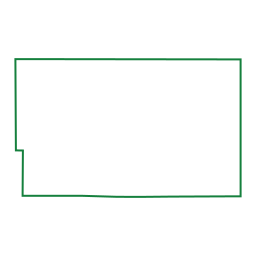 outline of Bennett, South Dakota, United States of America
{"feature_id": "52423323B93882616989582", "entity_name": "Bennett", "entity_type": "district", "adm_level": 2, "iso_a3": "USA", "parent_name": "United States of America", "parent_adm1": "South Dakota", "projection": "mercator", "projection_center": [-101.7, 43.193], "detail": "fine", "context": "isolated", "style": "outline", "palette": "green", "viewbox_px": 256, "rotation_deg": 0, "n_neighbors": 0, "source": "geoboundaries", "source_scale": "gbopen_adm2", "svg_char_len": 274}
<svg xmlns="http://www.w3.org/2000/svg" viewBox="0 0 256 256"><path d="M15.4,59.1L15.9,150.4L22.9,150.5L22.6,195.8L81.9,195.8L116.7,196.8L139.2,196.9L171.1,196.6L240.0,196.3L240.3,196.3L240.6,196.3L240.6,59.4L15.4,59.1Z" fill="none" stroke="#15803d" stroke-width="2"/></svg>